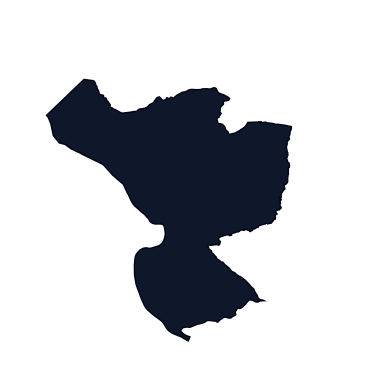 Bujoreni, Vâlcea, Romania (Equal Earth projection), rotated 162°
{"feature_id": "2599482B76085305979225", "entity_name": "Bujoreni", "entity_type": "district", "adm_level": 2, "iso_a3": "ROU", "parent_name": "Romania", "parent_adm1": "Vâlcea", "projection": "equal_earth", "projection_center": [24.339, 45.168], "detail": "fine", "context": "isolated", "style": "filled", "palette": "ink", "viewbox_px": 384, "rotation_deg": 162, "n_neighbors": 0, "source": "geoboundaries", "source_scale": "gbopen_adm2", "svg_char_len": 6023}
<svg xmlns="http://www.w3.org/2000/svg" viewBox="0 0 384 384"><g transform="rotate(162 192 192)"><path d="M306.7,309.8L305.7,307.9L305.1,300.9L306.4,288.4L303.0,279.7L298.0,276.5L293.7,270.6L292.9,269.7L292.0,269.0L289.3,266.2L287.5,264.9L284.8,261.9L268.4,246.0L267.2,243.9L262.2,232.6L256.4,223.0L255.1,221.1L254.9,220.5L253.7,210.5L253.3,209.5L252.6,202.8L252.0,199.8L250.7,196.3L249.0,193.6L246.2,188.6L243.9,185.2L242.7,182.2L241.4,179.7L241.3,177.9L241.0,176.8L240.3,175.7L239.3,174.6L238.0,173.6L236.4,172.8L232.8,171.7L230.4,170.7L229.5,169.6L229.0,168.2L229.4,164.6L229.8,162.2L230.1,161.1L231.0,158.9L232.8,155.9L235.4,153.1L236.6,152.3L239.9,151.0L248.5,151.2L250.3,151.6L252.1,152.7L253.1,153.1L255.7,153.5L258.9,153.0L262.0,151.5L264.6,149.6L266.4,147.0L269.2,140.7L272.2,131.1L273.4,123.4L273.7,120.4L273.1,106.4L272.3,98.7L271.6,95.7L270.8,93.9L266.9,87.4L261.3,79.5L260.2,77.8L259.3,74.9L258.1,69.8L256.9,67.1L254.4,63.8L246.5,57.1L245.4,55.6L244.0,54.2L241.7,51.6L239.9,53.5L238.8,55.0L240.9,56.4L243.1,58.5L244.4,60.4L246.0,63.4L242.9,65.7L242.5,65.7L238.7,65.3L236.0,64.0L227.6,64.6L224.3,64.2L220.7,64.2L219.9,64.3L218.1,65.0L216.9,65.0L214.6,64.3L210.5,62.3L209.5,62.1L209.2,61.8L208.5,60.8L208.1,60.4L207.4,60.4L204.9,61.8L202.6,62.3L200.9,63.0L198.7,62.7L196.2,60.9L194.1,60.2L192.7,60.8L188.7,61.6L188.3,62.0L188.1,62.3L188.3,63.6L188.1,64.5L184.6,67.4L182.3,66.4L180.6,66.6L175.7,68.8L174.6,69.7L171.2,71.7L169.8,71.4L167.9,70.3L165.2,67.7L164.3,67.3L163.3,67.0L160.8,67.4L157.2,66.4L158.2,67.4L160.0,68.3L161.7,70.0L161.9,70.4L162.1,74.5L162.6,75.4L162.7,76.4L163.1,77.9L163.3,80.7L164.3,81.9L164.1,82.1L165.1,83.6L165.5,85.0L165.8,85.1L166.4,87.1L167.3,88.6L167.3,88.9L167.9,89.6L168.1,90.3L168.7,91.8L169.9,93.2L171.0,95.1L172.4,96.8L173.3,97.2L174.0,98.4L174.7,99.0L176.4,102.1L178.8,104.2L180.1,108.0L182.3,111.5L183.3,112.7L184.3,115.6L184.9,116.0L185.9,116.3L187.5,119.1L189.0,120.7L189.3,123.3L190.0,124.2L190.1,124.8L190.5,125.2L190.7,126.4L191.3,127.2L191.9,127.3L192.1,127.9L191.7,129.3L191.7,130.1L193.4,132.2L193.5,132.7L193.4,134.2L193.5,135.0L193.4,136.0L192.9,136.7L191.3,135.9L190.3,135.5L184.2,134.3L183.8,133.6L183.4,133.3L182.6,133.3L181.8,133.9L180.4,136.1L180.6,136.6L181.2,137.2L181.3,137.6L181.2,139.2L180.9,139.7L180.3,140.1L178.9,140.6L176.8,140.5L175.5,140.7L173.5,140.4L172.4,140.8L169.9,139.4L169.8,139.0L167.9,138.8L167.9,139.6L166.8,139.9L164.3,140.2L163.8,140.2L163.3,140.0L162.8,140.2L160.4,140.0L160.1,139.8L158.8,140.1L158.1,140.6L156.7,140.7L155.5,140.2L154.9,139.6L154.5,139.7L153.7,139.5L153.1,139.9L152.3,139.6L151.6,139.6L151.3,139.0L149.5,137.5L149.2,136.8L148.7,136.4L148.0,136.9L147.5,136.7L147.0,136.7L144.7,138.1L144.2,137.6L141.5,138.2L140.9,138.2L140.3,138.0L139.7,138.4L139.5,138.9L138.9,139.2L135.9,139.3L131.9,139.0L131.3,139.2L130.2,139.4L129.9,138.3L128.9,138.4L126.4,137.9L125.7,138.2L124.4,139.4L123.7,139.4L123.4,139.6L122.8,140.7L122.4,141.1L121.8,141.3L121.5,141.1L121.5,140.5L121.3,140.5L120.4,142.2L120.4,142.6L120.8,143.2L120.6,143.6L118.6,144.9L117.9,144.9L118.5,146.4L118.3,147.7L117.7,148.2L116.7,148.3L116.6,148.6L116.3,148.6L114.4,148.1L113.3,148.8L112.6,148.9L112.1,149.8L112.0,150.1L112.5,150.4L112.4,151.5L112.6,152.3L111.3,154.2L111.5,156.1L110.8,156.2L110.0,156.7L109.4,157.5L109.5,157.9L110.9,158.8L110.8,159.1L110.0,159.9L109.7,160.1L109.3,159.9L109.0,159.5L108.7,159.5L108.2,161.5L107.7,162.3L107.6,163.0L106.4,163.7L105.4,164.7L104.2,165.6L102.8,166.2L102.6,166.9L102.6,169.0L102.1,169.8L101.3,170.2L99.2,171.0L98.0,172.0L97.2,174.0L97.2,174.7L97.0,175.3L96.2,176.7L95.6,178.3L95.0,179.0L94.5,180.3L93.1,184.7L92.7,185.2L92.0,185.3L91.6,186.2L91.3,186.5L91.1,187.1L90.9,189.6L91.0,190.1L91.5,190.2L91.7,190.5L91.8,191.3L91.7,192.1L91.4,192.9L91.7,193.6L92.7,194.2L92.7,194.9L92.4,195.2L91.5,195.0L91.0,195.2L91.0,195.6L90.7,196.0L90.5,196.8L89.2,197.6L89.5,198.4L89.3,198.9L88.8,199.5L89.0,201.0L88.6,203.6L88.8,204.0L88.2,206.0L87.5,206.9L87.2,207.6L86.5,208.3L86.5,209.5L85.6,210.8L84.7,211.2L83.0,212.2L82.8,212.6L82.9,214.5L81.3,216.3L79.9,219.4L78.4,220.7L77.3,223.3L78.3,224.2L80.0,224.8L81.8,226.1L88.9,229.6L91.6,230.5L93.6,232.0L96.3,233.3L99.6,234.7L100.5,235.8L102.1,235.9L102.6,236.1L103.7,236.0L104.2,236.5L104.3,237.3L104.5,237.5L105.7,237.7L106.9,238.3L107.1,238.1L107.1,237.5L107.6,237.5L108.2,238.3L117.5,240.9L119.1,239.2L121.8,237.5L124.4,236.6L125.9,236.4L127.9,235.6L129.2,235.5L132.9,234.7L135.4,235.0L138.3,235.1L139.3,235.8L139.2,238.2L140.9,240.7L140.6,242.1L140.8,243.9L141.7,246.1L142.4,247.1L143.3,247.1L143.5,248.1L145.8,248.6L146.1,250.4L145.8,251.6L146.1,253.4L144.4,254.8L143.4,254.7L143.3,255.3L143.1,255.6L141.3,256.7L140.1,257.7L140.7,259.7L139.9,261.5L139.0,263.3L138.5,263.9L137.5,264.6L135.9,265.2L135.0,265.8L134.3,268.0L134.1,268.3L133.7,268.5L129.1,268.0L128.3,268.3L127.4,269.2L128.3,270.9L131.9,274.7L135.4,277.2L136.5,279.1L136.7,279.8L137.1,282.9L137.5,283.4L138.4,284.2L139.7,284.4L143.3,284.3L145.7,285.5L147.7,286.1L150.2,286.8L152.1,286.8L153.8,287.2L158.4,288.7L160.4,289.6L162.4,290.0L163.2,289.9L164.3,290.0L165.6,289.4L166.6,289.5L167.7,289.4L171.1,289.9L171.5,289.6L172.4,289.4L176.1,288.8L178.9,287.7L180.5,286.6L181.6,287.8L182.7,288.6L183.3,288.6L184.7,287.8L185.4,287.8L185.7,288.0L185.9,288.7L186.6,289.3L187.2,289.3L187.9,288.1L188.5,288.0L190.0,288.0L191.5,287.9L193.2,291.7L193.7,292.5L195.1,292.6L195.9,292.5L196.7,292.2L201.2,288.8L205.2,288.2L208.3,286.6L211.1,286.2L216.7,287.1L218.7,286.4L219.8,285.5L220.6,286.0L221.4,286.2L224.5,286.8L224.6,286.6L234.2,288.6L236.0,290.2L239.5,294.1L240.5,294.6L241.8,296.4L243.2,297.7L243.5,298.1L243.5,298.6L242.9,300.2L242.9,300.7L243.5,301.6L243.6,302.7L243.8,303.0L244.0,304.3L244.4,304.7L244.9,305.8L244.6,306.9L244.7,307.5L245.0,308.0L246.2,308.5L246.9,309.1L246.4,310.9L246.5,311.4L248.7,312.6L249.2,313.0L249.9,314.1L249.8,315.6L249.6,317.1L250.1,318.8L250.2,320.5L249.9,322.1L250.4,322.7L250.6,323.3L250.2,325.6L251.2,328.2L259.9,332.4L306.7,309.8Z" fill="#0f172a" stroke="#020617" stroke-width="1.5"/></g></svg>